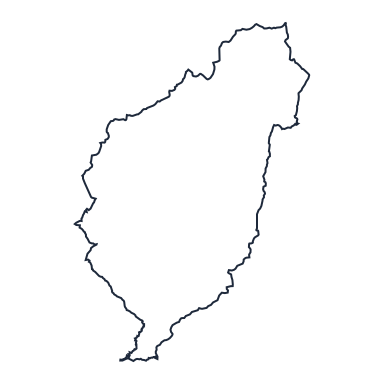 the district of Subachoque, Cundinamarca, Colombia
{"feature_id": "7082276B58958206907814", "entity_name": "Subachoque", "entity_type": "district", "adm_level": 2, "iso_a3": "COL", "parent_name": "Colombia", "parent_adm1": "Cundinamarca", "projection": "mercator", "projection_center": [-74.164, 4.965], "detail": "fine", "context": "isolated", "style": "outline", "palette": "slate", "viewbox_px": 384, "rotation_deg": 0, "n_neighbors": 0, "source": "geoboundaries", "source_scale": "gbopen_adm2", "svg_char_len": 5946}
<svg xmlns="http://www.w3.org/2000/svg" viewBox="0 0 384 384"><path d="M157.4,359.0L157.5,356.6L155.8,353.2L155.8,351.5L156.6,349.8L156.4,347.3L157.3,346.0L159.9,344.8L161.5,342.3L164.4,340.3L166.2,340.1L168.1,339.3L169.9,338.0L171.8,335.9L172.5,334.6L172.5,333.8L171.1,332.0L170.5,329.7L171.3,327.3L172.6,325.1L176.7,322.7L179.1,321.9L179.8,320.1L180.9,318.5L181.8,318.1L184.3,318.0L185.8,316.0L189.9,314.4L191.9,312.0L197.8,310.2L199.1,308.1L201.1,308.7L202.2,308.8L206.6,307.9L208.2,306.1L211.0,304.9L213.1,302.4L217.5,300.2L219.2,295.5L221.8,292.7L224.8,293.1L227.7,292.6L228.0,290.4L226.8,289.0L226.7,287.2L230.6,286.2L232.7,286.1L232.8,284.3L232.4,280.0L231.5,277.0L231.1,274.4L228.6,273.1L228.1,272.5L228.9,270.1L231.9,270.5L234.0,269.8L235.5,268.7L237.3,265.8L242.7,263.6L243.6,261.4L243.7,259.5L245.2,258.2L246.3,257.7L249.4,257.4L249.1,255.0L249.2,254.4L250.5,252.3L250.6,249.5L250.2,248.6L248.9,247.1L249.1,244.0L249.4,243.5L251.3,243.4L252.6,242.9L252.9,242.3L252.8,241.4L254.0,238.4L255.1,237.2L258.0,235.5L258.6,234.7L258.2,231.0L257.9,230.6L256.6,230.4L256.3,230.0L257.0,228.3L257.0,214.2L258.6,210.1L260.1,208.6L261.4,205.9L262.5,200.8L262.6,199.4L264.0,197.2L263.8,195.5L265.0,193.7L264.7,192.2L263.6,190.9L263.1,189.2L263.5,186.7L265.7,185.7L265.8,183.3L265.4,182.2L264.2,181.5L264.4,179.6L263.2,176.2L265.5,172.1L265.6,168.5L266.9,166.0L266.9,164.7L267.5,163.1L267.0,159.8L267.8,159.0L268.5,157.2L269.9,156.3L269.9,153.8L269.3,151.7L268.9,151.4L269.8,144.7L268.8,143.1L269.4,137.0L270.4,135.4L270.9,133.0L271.9,131.5L273.1,127.1L274.1,125.0L275.7,125.6L277.5,125.0L278.5,125.2L279.6,125.8L281.1,127.4L282.0,129.1L282.8,128.7L284.5,129.0L287.9,127.5L290.7,127.8L291.7,126.5L293.8,125.4L295.1,124.0L295.9,124.8L296.6,124.8L298.0,123.7L297.0,123.5L296.7,122.8L296.8,122.2L297.1,122.4L296.8,121.3L297.4,119.4L297.1,118.6L295.0,117.4L294.7,116.0L295.9,115.1L296.9,111.2L297.2,108.1L297.0,106.2L297.9,104.3L297.9,102.9L298.6,100.0L298.8,96.6L298.5,93.6L298.6,93.1L301.5,90.3L302.2,88.4L304.9,84.5L306.2,81.6L308.3,78.5L309.2,75.4L309.1,74.7L307.8,73.3L303.3,69.1L302.2,69.0L300.1,66.2L297.3,63.5L295.4,62.7L294.3,59.8L293.9,59.2L293.2,59.3L292.1,60.4L290.7,60.0L289.8,59.2L290.5,51.8L290.1,47.8L288.6,46.6L285.0,41.5L285.6,40.0L287.8,38.4L288.1,36.8L287.8,34.5L286.9,32.7L286.2,26.7L285.6,25.0L285.9,23.5L285.7,23.0L285.2,23.1L283.6,25.4L282.2,26.6L280.4,27.3L276.8,27.6L275.2,28.2L274.0,27.7L271.7,28.6L269.4,27.7L266.7,28.4L264.2,28.5L262.6,27.1L259.7,26.0L256.5,24.1L255.2,24.7L253.8,26.3L251.8,27.9L249.6,29.1L246.4,29.7L242.5,28.9L240.8,30.2L236.4,30.6L235.9,31.3L235.7,33.6L235.3,34.3L233.0,36.7L230.5,40.6L228.7,42.0L225.9,41.6L223.5,41.9L222.8,42.2L221.9,43.2L221.0,45.6L219.7,47.1L219.3,48.5L219.6,60.2L219.3,60.7L217.3,61.7L213.2,62.7L214.5,66.7L214.4,69.5L213.0,74.1L210.5,77.8L209.3,78.7L207.8,79.4L206.6,78.9L202.9,75.3L200.8,73.9L200.0,73.9L197.9,75.8L196.0,76.5L193.4,76.1L192.7,75.5L192.2,72.6L188.3,69.6L187.5,70.7L185.9,72.0L185.9,73.1L185.3,74.3L184.6,77.3L183.9,78.5L183.0,79.2L182.7,80.8L181.5,82.5L177.9,84.5L176.9,84.7L176.7,86.1L174.9,87.1L175.2,88.8L174.4,89.9L172.0,90.9L169.5,90.7L169.2,91.9L169.7,94.9L169.5,95.9L168.9,96.7L161.0,100.4L159.7,101.5L157.6,101.3L155.3,104.2L153.5,105.5L147.1,108.0L146.3,109.0L143.6,109.2L142.0,110.7L141.4,111.8L138.2,114.3L137.3,114.3L132.7,115.9L131.0,115.8L129.8,115.2L128.5,115.4L126.9,115.0L126.4,119.2L125.9,120.0L125.2,120.2L123.4,119.2L119.0,119.9L115.5,119.1L114.2,119.5L113.7,120.4L113.0,120.9L110.8,121.2L108.2,125.0L106.7,129.3L106.7,131.8L107.3,132.7L107.9,133.0L108.8,135.8L108.8,137.0L108.2,138.1L107.5,139.0L105.4,139.8L105.2,141.9L104.6,142.6L102.3,142.5L100.3,143.0L101.0,144.0L101.2,146.0L99.2,151.8L98.4,153.2L96.4,154.7L91.9,155.5L91.1,161.4L90.6,162.5L92.2,165.0L92.0,166.7L91.2,167.4L90.5,167.7L88.7,169.8L85.7,170.8L84.3,173.7L82.3,175.8L83.0,176.4L83.0,178.6L84.8,183.1L91.0,196.9L91.7,197.6L95.7,198.7L94.7,200.3L94.0,202.5L93.2,203.2L90.6,208.6L88.8,210.1L87.0,208.8L86.1,209.8L86.7,212.0L84.8,211.3L83.8,213.9L83.1,214.9L82.2,217.7L81.5,218.5L81.6,221.0L80.4,220.8L79.6,221.0L76.3,222.7L74.8,224.0L76.3,225.0L79.9,225.3L79.6,227.6L81.8,228.9L83.3,230.6L83.7,231.5L85.0,232.3L85.1,233.3L85.9,234.4L86.0,236.6L87.5,238.6L89.5,242.5L91.8,243.4L93.1,243.4L94.9,244.6L96.6,244.2L96.5,244.6L93.4,246.2L91.0,248.1L90.6,250.2L87.5,253.7L85.7,260.0L88.1,259.6L89.5,260.6L88.9,261.8L90.2,262.5L91.6,265.5L92.0,269.2L92.8,269.4L93.1,270.5L95.3,272.0L99.0,275.9L100.6,276.7L102.2,276.9L102.8,277.9L104.5,279.2L105.2,280.6L106.4,280.9L108.2,282.6L109.5,285.6L110.7,286.5L112.2,291.0L112.0,291.6L112.4,292.5L113.6,293.3L114.1,294.3L116.4,295.7L116.8,296.3L121.2,298.1L122.4,299.7L123.7,300.7L124.2,301.9L124.7,306.0L125.1,307.1L126.4,308.9L126.7,310.1L128.2,310.5L130.0,311.5L131.3,312.7L134.0,314.0L135.4,315.3L135.8,316.5L140.2,319.7L142.3,320.6L142.7,321.2L142.2,321.7L142.1,322.3L142.9,323.5L144.1,324.0L144.1,324.8L143.7,325.2L144.0,325.6L143.7,326.1L143.9,326.6L142.9,327.1L142.5,328.3L141.8,328.6L141.9,329.3L141.4,329.9L141.8,330.4L141.8,330.8L140.5,332.0L139.8,331.9L139.0,332.3L139.3,333.6L138.6,336.1L137.9,336.3L137.3,336.0L137.1,337.0L136.5,337.4L136.4,337.9L135.0,338.4L135.5,339.1L135.1,340.4L136.2,340.5L136.5,341.0L135.9,342.7L136.3,344.0L135.8,344.4L135.9,344.9L136.4,345.1L136.5,348.5L135.4,349.5L134.5,349.2L133.6,350.7L132.7,351.0L131.5,352.9L129.8,352.3L130.0,352.9L129.5,353.4L129.5,354.2L128.9,354.2L129.7,355.1L129.1,355.7L129.3,356.3L129.2,356.7L128.6,356.6L128.4,355.7L127.5,356.1L127.2,355.4L126.9,355.3L126.3,357.7L125.6,357.9L124.6,358.9L123.3,359.1L122.5,359.8L120.4,359.6L120.3,360.5L122.6,360.5L126.2,358.8L128.1,358.3L133.4,361.0L135.6,359.4L137.0,358.9L139.7,359.3L140.8,358.8L142.1,359.8L144.2,360.0L146.0,360.7L147.0,359.7L148.4,359.3L148.7,357.9L150.2,358.2L151.2,357.6L152.6,357.7L153.4,357.0L154.8,357.0L155.7,356.5L155.8,357.4L156.3,357.8L155.7,358.2L157.4,359.0Z" fill="none" stroke="#1e293b" stroke-width="2"/></svg>